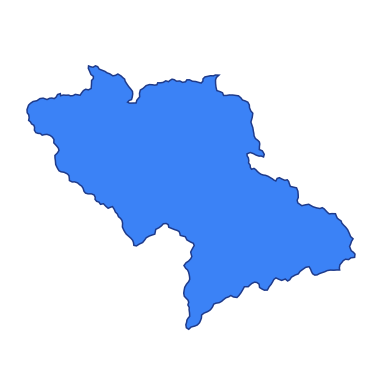 Sabinópolis, Minas Gerais, Brazil, rotated 84°
{"feature_id": "56859067B20654239248752", "entity_name": "Sabinópolis", "entity_type": "district", "adm_level": 2, "iso_a3": "BRA", "parent_name": "Brazil", "parent_adm1": "Minas Gerais", "projection": "orthographic", "projection_center": [-43.061, -18.65], "detail": "fine", "context": "isolated", "style": "filled", "palette": "blue", "viewbox_px": 384, "rotation_deg": 84, "n_neighbors": 0, "source": "geoboundaries", "source_scale": "gbopen_adm2", "svg_char_len": 5116}
<svg xmlns="http://www.w3.org/2000/svg" viewBox="0 0 384 384"><g transform="rotate(84 192 192)"><path d="M55.8,281.7L58.2,282.2L61.2,281.2L64.6,280.2L66.7,278.0L68.9,278.3L70.5,280.2L73.6,280.6L75.9,281.0L78.5,281.5L79.6,284.4L78.7,287.0L79.8,289.4L82.0,291.5L84.1,293.2L83.3,295.7L82.7,297.9L83.7,300.2L83.7,302.7L82.7,304.6L82.6,307.1L82.1,309.8L82.5,312.6L80.4,312.7L81.0,315.5L83.4,317.2L84.7,319.2L83.9,321.6L83.9,323.8L84.9,326.5L83.1,330.2L83.2,333.4L85.0,336.7L85.4,340.6L86.9,343.4L88.5,345.4L90.5,346.4L92.9,347.5L96.0,347.6L98.2,346.3L101.2,346.2L103.7,347.0L105.3,345.4L107.5,344.4L109.1,342.3L111.3,341.8L114.0,342.3L116.6,341.1L117.6,339.0L118.0,336.7L119.8,335.1L119.5,332.8L119.5,330.2L120.9,327.2L122.8,325.2L125.3,323.8L128.7,324.3L130.8,322.7L132.8,321.3L134.5,320.3L136.8,320.0L139.1,321.8L141.3,324.5L143.9,324.7L146.4,324.6L150.4,324.7L153.0,323.8L155.0,323.0L157.0,322.0L158.2,320.2L159.0,317.2L161.0,314.0L162.8,312.7L165.0,312.6L167.8,312.7L169.5,310.1L169.6,307.8L170.9,304.9L173.2,302.8L174.6,301.1L177.0,299.9L180.1,299.3L182.0,298.0L183.0,295.5L183.3,292.2L184.7,289.7L187.1,288.8L189.2,289.2L191.3,287.8L192.3,285.6L194.7,284.3L194.4,281.3L197.3,279.1L199.4,277.1L198.7,274.9L198.2,272.6L201.2,271.1L203.9,270.3L206.1,268.5L208.9,267.7L210.7,265.9L212.9,264.6L215.8,264.3L219.5,264.9L222.3,264.0L224.3,263.2L227.0,261.8L229.6,259.4L231.5,257.7L233.8,256.1L236.1,255.5L239.0,255.4L239.8,252.9L238.3,249.9L237.1,246.4L234.8,244.1L232.7,242.3L231.3,239.0L230.6,236.1L230.0,233.4L227.8,232.7L225.4,232.0L224.1,228.6L222.5,226.0L220.6,223.8L220.6,221.0L221.9,219.1L224.6,218.8L226.3,215.7L227.7,213.0L228.6,210.9L229.9,209.0L231.9,208.4L233.9,208.2L234.8,205.9L235.8,203.3L239.1,202.1L241.5,198.8L243.2,196.0L245.5,195.4L247.2,196.7L249.7,198.4L251.6,199.6L253.9,199.3L256.1,198.9L258.2,200.2L260.3,202.6L261.7,205.3L264.3,207.7L267.3,206.2L269.0,204.6L271.3,203.8L274.2,203.4L276.2,203.3L278.6,203.4L280.8,204.7L283.1,207.1L286.0,209.2L288.9,210.1L291.7,210.8L294.8,210.6L296.7,209.2L299.1,207.3L301.3,206.8L303.9,207.9L306.6,206.8L308.7,207.2L312.0,207.1L315.4,207.3L317.1,209.1L318.8,210.4L321.0,211.0L323.4,212.0L326.4,211.8L328.2,209.6L326.2,207.0L325.6,203.2L324.8,200.6L322.8,198.2L320.2,196.7L318.3,195.8L315.3,195.3L313.7,192.7L312.6,189.0L311.4,186.5L310.1,185.0L308.3,183.5L305.8,182.1L305.1,179.9L304.9,176.5L303.8,173.9L302.5,172.1L300.8,169.4L300.1,166.4L299.0,164.2L300.7,161.8L301.6,158.3L299.9,156.2L297.5,154.0L294.7,151.9L291.7,149.8L292.1,146.0L290.6,144.1L289.2,142.1L288.2,139.2L288.8,136.9L290.7,134.9L294.0,134.8L295.7,132.7L297.2,130.3L297.4,127.3L294.3,125.2L292.0,122.9L289.7,121.2L287.5,119.7L286.2,117.5L287.7,115.1L289.3,112.1L288.3,108.3L290.5,106.2L289.5,104.0L287.1,102.0L285.3,97.9L284.6,94.9L282.3,92.9L280.4,89.7L278.8,86.8L278.5,83.4L281.0,82.2L283.6,81.5L285.9,80.6L287.5,78.6L287.5,76.2L286.5,73.9L285.8,71.0L285.2,68.3L284.3,65.8L284.1,62.7L284.6,59.1L284.7,55.7L285.0,53.3L282.9,53.4L279.8,52.5L277.6,50.2L276.1,48.8L274.9,46.4L275.6,43.3L274.1,40.9L274.0,37.1L270.8,36.4L268.9,37.7L267.0,39.8L264.9,40.4L262.6,41.0L260.2,39.6L257.7,38.5L255.4,36.7L252.9,38.9L249.5,39.9L245.7,41.2L243.0,42.9L240.8,44.7L238.7,46.2L236.3,46.8L234.6,48.9L233.1,50.3L230.9,51.0L228.6,51.6L228.1,55.2L228.1,57.8L226.6,59.3L224.5,60.9L222.6,62.3L221.2,64.1L221.8,66.5L220.8,69.8L219.3,73.2L217.6,75.6L216.4,77.2L216.6,80.4L217.1,84.2L215.3,86.3L213.9,87.9L211.2,88.3L208.6,86.9L206.2,86.7L202.3,86.6L198.8,87.6L197.7,90.8L196.7,93.6L194.0,94.3L191.6,94.8L189.8,96.0L190.1,98.4L188.5,101.2L186.9,103.6L187.4,105.9L189.8,107.5L188.7,109.3L187.3,110.7L185.9,112.6L184.3,114.7L183.1,117.1L182.6,119.2L181.6,121.5L180.3,123.1L178.6,124.7L176.4,126.3L175.0,127.9L175.6,130.4L173.7,131.4L171.3,131.4L169.0,132.7L166.5,132.2L163.9,132.4L161.8,133.4L159.8,133.3L158.8,130.0L160.2,127.0L162.0,124.4L163.3,121.6L163.5,119.3L164.6,117.2L162.1,116.2L160.3,116.9L158.4,117.8L156.8,120.6L153.9,120.2L151.3,119.6L149.3,119.8L147.7,121.0L145.4,123.4L142.6,124.4L140.2,124.4L137.9,124.6L134.4,124.8L131.4,125.5L128.6,126.1L126.3,125.2L124.1,124.3L120.0,123.3L117.6,125.0L114.3,126.0L111.4,125.9L108.5,127.1L106.9,129.7L105.8,132.2L103.4,133.6L101.2,135.7L100.6,138.1L99.8,141.4L99.4,144.8L99.6,147.6L99.3,150.5L96.5,151.3L95.3,153.3L93.7,156.7L90.1,157.2L86.5,157.2L83.0,156.9L80.7,155.8L78.6,153.0L78.1,156.5L78.7,158.6L78.3,161.5L78.6,164.2L78.9,167.1L80.6,169.2L82.9,169.6L84.6,171.5L83.5,174.4L82.5,176.8L81.9,180.0L80.2,182.7L79.9,185.4L81.7,186.9L82.0,189.9L80.3,192.5L80.2,195.8L78.4,198.0L77.7,200.1L78.6,202.0L79.8,203.8L78.7,206.5L80.0,209.3L80.1,212.3L79.8,214.7L81.7,215.7L81.8,218.0L81.2,220.2L80.7,223.1L81.4,226.5L83.8,229.7L85.2,232.7L88.3,233.9L91.9,234.1L93.4,235.7L95.0,237.3L97.6,238.3L97.3,242.1L97.1,244.9L95.9,246.7L94.4,244.9L93.8,242.5L91.4,241.5L88.3,240.7L85.7,240.7L83.1,242.2L80.6,243.9L78.8,244.9L76.9,245.9L74.8,246.9L72.7,247.2L71.2,248.7L69.2,250.4L66.9,253.4L68.0,256.0L68.2,258.6L65.8,261.5L64.7,263.9L62.9,266.0L61.5,268.7L60.1,271.4L57.5,272.7L56.4,274.8L57.6,277.4L56.9,279.5L55.8,281.7Z" fill="#3b82f6" stroke="#1e3a8a" stroke-width="1.5"/></g></svg>